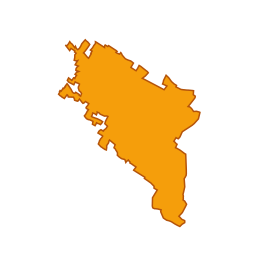 Xocchel, Yucatán, Mexico, rotated 27°
{"feature_id": "50627088B37931435586909", "entity_name": "Xocchel", "entity_type": "district", "adm_level": 2, "iso_a3": "MEX", "parent_name": "Mexico", "parent_adm1": "Yucatán", "projection": "albers", "projection_center": [-89.147, 20.795], "detail": "fine", "context": "isolated", "style": "filled", "palette": "amber", "viewbox_px": 256, "rotation_deg": 27, "n_neighbors": 0, "source": "geoboundaries", "source_scale": "gbopen_adm2", "svg_char_len": 4765}
<svg xmlns="http://www.w3.org/2000/svg" viewBox="0 0 256 256"><g transform="rotate(27 128 128)"><path d="M183.9,96.5L185.0,93.9L186.6,87.9L185.1,81.7L185.0,81.4L184.6,81.4L181.9,81.9L181.5,82.0L178.9,83.5L176.4,82.1L174.3,81.3L173.2,81.2L171.8,81.6L172.6,78.0L173.9,71.3L173.9,70.3L173.5,69.1L171.1,68.7L170.8,68.1L169.5,65.0L168.3,65.4L165.0,66.7L163.0,67.6L159.4,69.0L157.6,69.6L152.0,69.6L151.9,68.0L149.1,67.8L145.7,66.9L141.4,64.7L138.0,63.7L138.1,69.6L138.6,71.2L138.8,73.1L140.7,73.0L143.6,72.9L142.8,77.5L118.2,77.2L119.9,73.7L121.0,69.6L119.6,68.9L118.7,68.8L111.3,67.3L109.5,67.2L109.5,70.5L109.2,73.3L107.4,73.2L103.1,72.7L103.4,67.7L101.7,67.3L99.9,67.0L98.2,67.3L97.3,67.4L95.8,67.5L95.1,67.5L94.1,67.5L93.4,67.2L92.5,66.9L91.5,66.4L90.1,65.9L89.5,65.5L88.2,64.5L87.3,64.1L87.0,66.0L84.4,66.3L82.9,66.1L83.3,65.0L83.5,64.7L82.7,64.4L73.3,63.4L73.1,64.0L73.0,64.6L70.0,64.4L69.9,65.3L70.1,66.1L70.5,66.9L60.4,65.9L60.2,65.9L59.8,65.9L60.6,67.3L60.3,69.2L60.1,69.8L60.0,72.4L59.6,74.2L59.1,75.6L61.1,75.8L61.0,76.5L61.0,77.6L61.0,78.3L61.4,78.3L61.5,78.7L61.2,83.7L59.9,83.5L59.4,83.3L55.1,81.4L54.3,81.3L54.9,78.9L55.4,76.0L55.8,73.1L56.0,70.9L53.0,69.6L51.1,69.3L49.9,68.8L49.5,70.1L49.1,71.8L48.6,74.0L48.7,76.5L48.7,76.8L48.5,79.1L47.7,81.0L45.9,80.6L44.1,79.1L44.1,80.6L40.7,78.9L40.0,78.6L38.1,78.2L36.9,77.5L36.7,80.3L36.5,81.3L36.0,82.7L34.5,82.5L40.9,85.5L41.1,83.0L45.6,83.4L45.7,83.5L45.8,84.5L47.8,84.9L47.4,87.0L48.5,89.2L49.3,92.1L51.1,91.8L52.1,91.2L52.6,90.7L52.6,90.8L52.5,92.2L52.3,93.1L52.2,95.7L55.6,95.4L55.1,96.4L54.7,98.4L55.3,100.3L55.5,100.4L58.4,100.0L56.9,101.8L56.4,104.2L58.3,104.4L58.3,104.6L58.0,105.6L58.1,108.0L57.2,107.7L56.8,107.9L56.3,111.1L52.3,110.3L52.3,113.1L54.6,114.1L58.8,114.1L60.1,114.1L60.1,112.5L60.0,110.9L62.2,111.0L62.6,110.8L64.7,110.9L64.8,110.9L65.1,111.9L65.1,113.1L65.0,113.4L65.5,114.9L66.8,116.2L67.6,117.0L69.4,117.4L71.0,118.4L71.0,118.8L71.1,119.3L71.1,119.9L71.3,121.1L69.6,121.0L69.3,120.3L65.2,119.9L64.9,121.2L63.8,121.6L62.3,121.3L59.7,119.4L55.6,117.1L53.6,116.2L53.0,119.6L53.5,119.7L52.8,122.1L52.1,121.9L52.0,123.2L51.7,125.5L50.5,125.4L50.4,126.6L50.9,126.9L50.8,129.4L51.5,129.6L52.6,130.0L53.4,130.0L55.0,130.4L57.9,130.6L58.6,126.1L59.4,126.2L60.7,127.5L65.4,125.3L66.1,125.8L66.7,126.1L67.1,126.6L67.8,127.5L70.2,127.2L71.1,126.9L71.5,125.1L71.6,124.7L71.6,124.3L73.5,125.1L74.8,125.8L76.7,126.5L77.4,125.7L78.1,123.7L82.0,124.1L81.9,125.9L81.3,128.5L81.5,129.1L82.0,129.5L84.4,129.6L84.3,131.1L84.1,131.3L84.1,134.8L83.6,137.0L84.2,137.4L86.9,138.6L87.7,138.5L88.0,138.5L88.8,138.6L89.1,138.4L89.7,138.2L90.4,138.1L91.4,138.0L92.7,138.0L93.8,138.0L94.6,140.8L97.6,140.9L97.7,139.2L97.6,137.6L99.2,137.7L100.2,137.4L101.9,137.5L102.4,135.7L102.6,133.9L100.2,133.6L96.4,133.7L93.7,134.1L91.1,134.4L90.2,134.2L90.2,132.3L89.7,130.7L90.9,130.4L91.3,130.4L92.2,130.4L93.9,130.7L93.6,128.1L93.4,127.8L95.4,127.7L96.9,128.3L98.9,128.2L101.6,128.1L103.5,127.0L104.9,126.8L104.9,132.0L105.4,134.7L108.9,135.7L108.6,138.6L107.6,140.5L107.5,141.0L107.5,141.7L107.3,142.0L106.8,141.9L104.7,141.8L104.2,142.5L103.6,143.9L103.5,145.1L103.5,146.1L105.7,146.3L106.6,146.4L107.5,146.4L108.4,146.5L109.1,146.7L109.1,147.1L109.1,147.8L108.9,148.8L108.5,150.2L108.5,151.4L108.4,152.2L108.4,152.7L108.6,153.0L108.8,155.7L112.0,156.9L112.3,157.0L113.7,157.1L114.6,157.3L117.4,157.6L118.7,157.4L117.8,154.8L117.5,154.3L117.0,153.4L117.4,150.1L117.0,148.4L116.9,147.8L117.0,147.1L119.2,147.6L124.1,148.7L124.5,152.0L125.1,152.1L126.0,152.3L126.6,152.8L129.7,154.7L130.6,156.2L130.7,157.0L132.7,157.7L135.7,158.2L136.6,158.2L139.0,157.6L139.6,157.6L141.7,159.7L141.8,158.9L142.0,158.1L142.7,157.0L142.8,156.4L143.2,156.5L143.4,156.8L145.1,157.3L145.4,157.9L145.8,158.4L146.6,158.3L147.7,158.4L150.0,158.8L151.0,158.9L151.6,158.9L152.8,159.1L152.5,161.3L152.2,162.6L152.2,163.1L165.3,164.2L165.5,164.8L165.5,165.5L173.3,166.6L177.7,168.1L178.5,169.8L182.2,170.0L181.5,179.0L185.1,186.5L185.6,187.1L186.2,187.8L186.4,187.9L188.1,187.9L189.7,187.2L191.8,186.5L193.5,186.2L194.5,185.8L195.2,187.8L200.3,192.1L201.5,192.3L204.3,192.6L206.9,192.0L209.2,191.8L213.2,192.2L216.2,192.3L218.9,192.2L219.9,189.2L221.5,186.6L220.8,185.0L220.4,184.8L217.2,184.9L214.7,183.9L213.4,183.5L214.8,178.7L214.9,171.7L214.9,171.4L214.8,169.3L211.7,167.4L209.7,167.1L209.4,165.9L208.6,164.5L208.3,163.6L207.1,162.1L206.6,159.8L205.3,154.7L201.1,147.7L201.3,145.7L201.3,143.7L201.1,143.4L200.8,142.4L198.7,138.4L191.3,125.1L190.2,125.1L184.4,124.1L180.4,123.9L179.3,124.0L179.1,120.2L178.4,120.2L175.9,119.2L174.9,119.0L175.2,114.8L176.7,114.9L177.7,114.8L178.2,113.1L178.2,112.9L178.3,112.7L178.3,112.3L178.3,111.2L178.1,107.9L178.1,107.6L178.1,106.6L183.9,96.5Z" fill="#f59e0b" stroke="#b45309" stroke-width="1.5"/></g></svg>